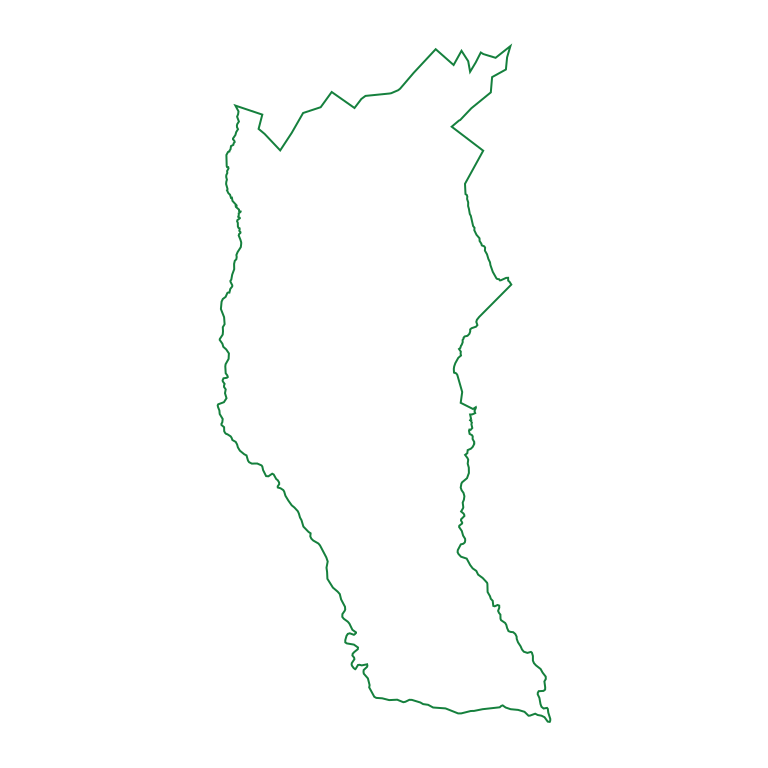 Mangwe, Matabeleland South, Zimbabwe (Natural Earth projection)
{"feature_id": "62879985B72758591248620", "entity_name": "Mangwe", "entity_type": "district", "adm_level": 2, "iso_a3": "ZWE", "parent_name": "Zimbabwe", "parent_adm1": "Matabeleland South", "projection": "natural_earth1", "projection_center": [28.025, -21.012], "detail": "fine", "context": "isolated", "style": "outline", "palette": "green", "viewbox_px": 768, "rotation_deg": 0, "n_neighbors": 0, "source": "geoboundaries", "source_scale": "gbopen_adm2", "svg_char_len": 6104}
<svg xmlns="http://www.w3.org/2000/svg" viewBox="0 0 768 768"><path d="M331.7,92.0L320.7,107.2L303.1,113.0L291.7,132.9L280.2,150.4L264.6,133.9L258.6,128.9L262.3,114.6L235.4,105.6L238.5,111.4L238.1,114.2L237.1,116.7L238.9,121.6L237.3,124.0L236.9,125.4L237.0,127.2L238.0,129.2L236.2,132.1L235.4,135.0L233.0,138.5L233.0,139.3L234.3,140.8L234.7,142.0L233.7,143.2L233.3,144.9L231.0,146.1L230.5,149.3L229.4,150.8L229.4,151.5L228.0,152.0L226.4,155.0L226.7,166.1L227.1,167.1L228.2,167.1L228.5,168.5L227.1,171.0L227.3,173.0L226.3,175.1L226.2,177.0L226.9,179.7L226.3,181.8L226.1,184.0L227.5,188.9L227.4,190.0L227.0,190.3L228.4,193.2L230.0,194.7L231.0,197.9L231.9,197.7L232.5,200.9L236.6,205.4L236.6,205.8L235.7,206.0L235.9,206.9L239.0,209.6L239.1,211.1L240.6,211.5L240.4,212.1L238.7,213.3L238.8,215.1L238.2,216.8L239.7,217.7L239.8,218.3L237.4,220.1L237.1,221.3L237.8,222.8L237.9,226.6L238.6,228.0L239.5,228.2L239.7,229.0L239.3,230.8L240.5,232.2L240.3,233.1L239.2,233.9L238.7,235.5L240.3,239.4L241.2,242.3L241.2,243.8L240.8,247.1L237.6,252.1L236.4,255.0L236.7,257.0L236.3,259.3L234.8,260.8L234.1,263.9L234.2,269.2L232.2,274.6L231.3,279.6L230.4,280.9L230.5,281.8L232.3,285.3L232.2,286.5L230.3,288.9L229.4,292.6L228.2,292.5L227.4,292.9L225.6,296.9L222.8,299.0L221.6,301.6L220.9,309.0L224.1,317.2L224.6,324.2L222.8,327.2L223.0,331.4L222.7,334.6L219.8,339.0L219.7,339.9L222.4,343.7L223.3,346.8L226.2,349.4L228.9,353.4L228.6,358.9L225.6,364.2L225.3,366.4L225.7,373.3L227.3,375.4L227.8,377.0L226.8,377.8L223.5,378.3L222.6,380.3L222.8,381.4L224.6,383.9L224.1,385.2L224.0,386.9L225.7,389.4L225.0,393.2L226.5,398.2L223.9,402.2L218.2,404.3L217.7,405.3L218.0,407.0L219.4,410.5L219.7,414.0L222.7,419.0L222.3,422.3L221.4,423.9L221.5,425.0L224.1,427.2L224.2,431.2L225.1,432.9L226.3,434.0L227.3,434.2L230.7,436.4L231.6,437.8L232.4,440.0L235.7,441.9L237.1,444.5L237.9,447.4L239.9,450.7L244.3,454.3L246.5,455.4L248.0,460.6L249.1,462.2L251.8,463.6L257.2,463.5L261.5,465.4L262.3,466.5L263.1,470.1L266.1,476.1L268.4,476.3L272.2,473.7L273.7,474.5L276.2,479.0L277.8,480.3L279.1,482.5L279.2,484.2L277.7,486.3L277.8,487.5L280.6,488.3L283.3,490.1L284.2,491.6L285.4,495.7L288.3,500.5L291.7,505.3L294.4,507.5L297.8,511.2L298.9,513.6L300.0,517.5L301.5,520.2L303.4,526.6L308.5,531.9L310.6,533.3L310.3,536.4L311.3,538.6L313.2,540.5L318.4,543.5L320.0,545.4L326.3,557.4L327.7,561.5L326.5,567.7L327.1,572.0L327.4,578.8L332.9,587.6L337.7,591.7L339.8,594.1L341.1,599.4L345.0,606.8L345.2,609.5L344.7,610.8L342.4,614.1L342.3,616.9L343.7,618.7L347.8,621.7L349.4,623.6L352.4,629.8L356.0,632.4L356.0,632.9L354.8,634.2L353.9,634.8L349.8,633.3L347.8,633.9L346.5,635.9L345.3,640.1L345.3,642.4L346.8,643.4L353.9,644.6L358.0,647.5L357.8,649.2L354.3,652.0L352.7,653.7L352.4,655.5L354.1,657.6L354.4,659.2L351.8,663.1L351.6,664.4L351.9,665.6L353.7,668.1L355.2,669.2L355.7,668.8L358.0,665.0L359.5,664.8L361.7,665.4L367.1,664.3L367.4,665.8L367.0,666.9L363.7,670.0L363.5,671.9L363.8,673.7L367.9,678.4L369.6,685.1L369.2,687.4L374.3,696.8L376.3,697.9L382.2,698.3L389.2,700.1L397.2,699.7L403.3,702.2L405.3,701.8L409.4,699.8L411.9,699.9L420.4,702.5L423.1,704.1L428.1,704.8L433.1,707.5L445.5,708.4L458.1,713.4L461.2,713.4L470.8,711.0L474.1,710.9L482.6,709.2L499.7,707.3L501.3,705.9L502.7,705.4L505.6,707.5L510.6,709.2L518.1,709.9L524.5,711.8L528.5,715.7L530.0,715.6L535.2,713.7L537.7,715.0L541.5,715.7L544.5,717.2L547.7,721.6L549.7,721.9L550.2,720.8L550.3,719.0L548.3,712.7L547.8,708.9L547.0,707.9L543.6,708.5L541.5,706.8L540.5,704.1L539.4,697.9L537.7,694.3L537.8,692.8L538.7,691.2L543.5,690.9L545.1,689.6L545.2,687.4L544.4,681.4L545.8,679.0L545.7,676.6L542.6,672.6L540.6,669.0L536.0,665.4L534.0,663.2L532.9,660.6L532.9,656.0L531.9,652.7L530.9,651.9L527.4,652.9L523.8,651.7L522.0,649.5L520.6,646.3L518.0,642.3L516.7,638.8L516.6,636.6L515.3,634.0L513.2,632.2L510.5,631.9L508.5,631.1L507.1,628.0L506.3,624.9L505.2,623.0L501.1,620.2L500.5,618.8L500.4,614.6L499.0,612.9L498.1,610.9L499.3,607.6L499.2,605.6L497.6,605.0L494.7,606.3L493.3,605.9L492.7,600.8L490.8,598.8L490.0,596.2L487.6,592.0L487.4,584.0L487.1,582.8L482.8,578.1L478.1,574.6L476.3,570.9L472.7,568.4L470.2,565.1L466.7,558.6L461.0,556.7L458.5,554.0L457.6,552.2L457.8,550.1L460.8,544.4L463.4,543.7L464.8,542.4L465.2,540.6L465.1,538.8L463.1,535.6L461.8,531.0L459.1,527.0L459.3,525.7L462.1,523.5L462.2,522.6L461.0,520.5L461.1,519.3L464.4,516.0L464.2,514.7L463.6,513.6L461.1,511.5L463.0,508.3L463.3,507.3L462.7,502.6L463.9,499.7L464.4,496.2L463.5,492.9L461.6,490.2L460.7,487.6L461.4,483.6L462.1,482.3L467.0,478.2L468.9,473.0L468.8,467.6L467.7,463.7L468.2,459.7L467.5,458.1L465.1,454.9L467.3,453.2L467.7,450.1L470.9,448.7L472.7,446.9L474.3,443.8L474.0,443.2L474.3,442.1L472.6,439.0L472.7,436.3L471.9,435.1L469.6,433.9L469.0,430.8L469.4,429.6L470.6,429.9L472.3,428.0L471.4,424.2L471.9,422.6L471.1,421.5L471.3,420.4L470.2,420.2L471.0,418.5L470.1,414.5L472.2,414.4L475.2,413.1L474.5,411.0L475.9,407.7L475.8,407.2L473.0,409.0L460.7,402.8L462.2,392.0L457.3,374.9L456.3,373.5L455.3,372.9L454.3,372.9L454.0,372.4L453.8,368.9L454.2,366.4L455.3,363.2L458.3,357.8L461.0,355.5L460.6,353.7L460.8,351.6L459.0,349.0L460.3,348.0L461.0,345.7L461.7,344.8L462.7,342.2L462.6,340.0L463.6,338.6L463.6,337.7L464.6,336.5L467.5,335.8L469.4,333.8L470.2,331.5L470.2,329.4L471.6,328.2L476.0,326.7L477.4,325.1L476.3,321.9L476.9,319.8L479.2,316.9L511.3,284.6L509.6,281.9L508.2,280.6L508.1,277.8L506.1,277.9L500.8,280.3L499.8,280.3L499.2,279.3L497.1,278.9L496.4,278.3L492.8,271.9L490.4,265.0L490.0,262.3L488.4,259.0L487.0,254.3L484.9,250.6L485.1,247.6L484.2,246.3L481.8,245.4L481.3,243.6L479.6,241.0L479.5,238.3L476.5,234.8L474.3,230.2L474.5,227.8L473.1,226.0L470.8,215.8L469.8,214.0L468.9,208.8L468.1,206.0L468.2,202.4L467.1,199.0L467.3,196.5L466.8,195.0L465.5,194.1L465.0,183.8L483.2,150.7L451.7,126.7L458.9,120.6L460.2,120.0L471.3,108.3L490.8,92.4L492.1,77.1L505.9,69.5L507.1,57.3L510.4,46.1L495.6,57.8L483.4,54.1L480.8,52.5L475.7,62.5L470.1,71.8L468.2,61.2L461.5,50.8L453.6,65.0L435.7,49.2L413.7,72.8L400.1,88.7L398.2,90.2L391.2,93.2L389.6,93.5L365.5,95.9L361.4,98.9L354.5,108.0L331.7,92.0Z" fill="none" stroke="#15803d" stroke-width="2"/></svg>